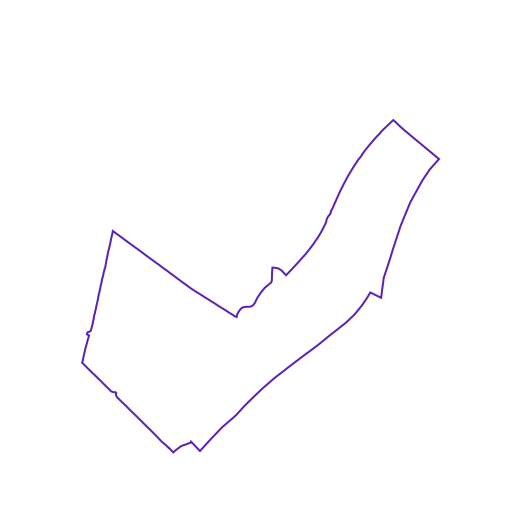 Hardinxveld-Giessendam, Zuid-Holland, Netherlands (Mercator projection), rotated 317°
{"feature_id": "6326949B10391839507344", "entity_name": "Hardinxveld-Giessendam", "entity_type": "district", "adm_level": 2, "iso_a3": "NLD", "parent_name": "Netherlands", "parent_adm1": "Zuid-Holland", "projection": "mercator", "projection_center": [4.846, 51.839], "detail": "fine", "context": "isolated", "style": "outline", "palette": "violet", "viewbox_px": 512, "rotation_deg": 317, "n_neighbors": 0, "source": "geoboundaries", "source_scale": "gbopen_adm2", "svg_char_len": 5865}
<svg xmlns="http://www.w3.org/2000/svg" viewBox="0 0 512 512"><g transform="rotate(317 256 256)"><path d="M319.0,371.9L325.9,366.2L334.4,359.2L338.7,356.8L350.6,350.3L360.9,344.4L369.0,339.9L381.9,332.8L388.3,329.8L396.2,326.2L405.1,322.1L410.2,320.4L414.9,318.8L417.0,318.2L428.8,314.3L432.1,313.5L442.2,311.2L447.1,310.7L452.9,310.2L456.0,309.9L455.6,307.0L454.7,299.8L451.9,278.0L450.8,269.2L450.1,263.7L449.9,261.4L449.6,257.5L449.6,256.2L449.1,250.2L447.7,250.2L437.7,250.3L434.3,250.4L431.3,250.5L431.0,250.8L428.7,250.9L427.1,251.0L426.8,250.9L420.2,251.5L418.7,251.7L413.7,252.3L408.7,253.0L406.9,253.3L402.7,254.1L402.5,254.3L400.6,254.7L398.7,255.1L398.3,255.0L396.1,255.4L392.3,256.3L391.1,256.6L387.1,257.6L384.8,258.3L380.5,259.5L378.8,260.0L377.2,260.5L375.6,261.0L370.5,262.8L369.0,263.3L367.7,263.8L364.7,264.9L360.8,266.4L357.9,267.6L356.2,268.3L349.9,271.0L347.8,271.9L344.7,273.2L342.2,274.1L340.9,274.6L340.7,275.1L338.8,275.9L337.5,276.0L336.3,276.2L334.9,276.5L334.4,276.7L333.9,276.8L333.0,277.3L331.7,278.0L330.7,278.9L327.7,280.1L327.0,280.4L324.3,281.4L323.0,281.9L321.8,282.3L319.1,283.2L318.4,283.4L313.1,284.9L312.1,285.0L307.0,286.2L302.8,287.0L301.7,287.2L297.1,287.9L293.8,288.4L293.0,288.5L282.7,289.4L276.3,289.9L264.9,290.6L264.8,284.0L264.8,283.8L263.8,280.2L263.5,279.8L261.2,276.8L260.1,275.7L257.9,277.7L255.2,280.3L252.3,283.3L251.7,283.9L251.3,284.3L250.9,284.6L250.0,285.3L249.5,285.5L249.0,285.7L248.6,285.7L248.1,285.7L247.0,285.6L245.5,285.5L244.3,285.5L243.0,285.4L241.6,285.3L240.8,285.2L239.4,285.4L238.0,285.6L236.5,285.8L234.9,286.0L229.3,287.3L228.5,287.5L226.0,288.4L224.3,289.1L223.0,289.6L222.0,289.8L221.0,289.9L219.9,289.9L219.1,289.9L218.4,289.7L217.6,289.3L217.1,289.0L216.5,288.5L215.6,287.8L214.4,286.7L213.3,285.8L212.6,285.3L212.1,285.0L211.2,284.6L210.4,284.4L209.6,284.3L208.7,284.3L208.0,284.4L207.4,284.5L206.4,284.7L205.1,285.0L204.1,285.2L203.3,285.6L202.3,286.0L200.2,287.4L199.9,286.3L199.3,285.5L199.3,285.1L199.1,284.3L198.7,282.5L198.6,282.1L198.1,280.4L197.4,278.0L197.4,277.7L197.3,277.4L197.2,276.9L195.7,271.2L195.3,269.7L194.9,268.1L194.3,266.1L193.4,262.2L192.0,257.0L190.5,251.6L189.2,246.4L187.6,240.6L187.4,239.9L187.3,239.6L187.2,239.3L187.2,238.9L187.0,238.2L186.5,236.1L186.4,235.7L186.2,235.0L186.1,234.2L185.9,233.4L185.3,229.7L185.1,229.0L185.0,228.1L184.8,227.4L184.7,226.8L184.6,226.5L184.6,226.1L184.2,224.4L184.1,223.7L183.9,222.9L183.8,222.1L183.6,221.0L183.0,218.2L182.9,217.6L182.8,216.3L182.7,216.1L182.7,215.9L182.6,215.6L182.4,214.5L182.1,213.0L181.8,211.4L181.3,208.7L181.2,208.1L181.1,207.1L180.9,206.2L180.7,205.0L180.5,204.5L179.7,200.2L179.6,199.7L179.5,198.9L179.1,196.6L178.4,193.1L178.3,192.8L178.3,192.5L178.2,192.0L178.1,191.6L178.0,191.2L177.1,186.6L175.7,178.9L174.9,174.6L174.7,173.4L173.7,168.3L172.3,161.1L171.5,156.8L170.2,149.7L168.3,140.1L167.6,140.6L167.1,141.0L166.0,141.8L165.5,142.1L162.5,144.1L156.7,148.3L156.4,148.5L152.5,151.0L152.1,151.3L151.4,151.7L151.1,151.9L150.7,152.1L149.8,152.8L149.0,153.4L148.7,153.6L148.1,154.0L147.2,154.7L146.0,155.6L144.7,156.5L143.7,157.2L143.3,157.4L142.1,158.4L141.3,159.0L140.9,159.3L140.7,159.4L140.4,159.6L140.1,159.8L139.0,160.8L138.8,160.9L138.0,161.4L137.2,161.8L136.3,162.3L136.0,162.5L134.9,163.3L134.7,163.4L133.4,164.2L131.0,165.9L129.8,166.7L129.7,166.8L128.6,167.4L128.4,167.5L127.4,168.2L126.7,168.7L126.5,168.9L124.1,170.6L123.8,170.7L123.6,170.9L123.1,171.2L121.3,172.4L119.6,173.7L119.1,174.1L118.7,174.3L118.4,174.5L117.9,174.9L117.2,175.3L116.1,176.0L114.5,177.1L111.8,179.1L110.7,180.0L109.8,180.5L108.5,181.5L108.2,181.8L107.9,181.9L106.8,182.6L105.5,183.5L103.7,184.8L101.6,186.2L101.1,186.5L100.0,187.4L99.8,187.6L98.7,188.2L98.5,188.4L97.7,188.7L97.0,189.2L96.7,189.4L96.2,189.8L95.8,190.2L95.5,190.4L94.7,191.1L94.2,191.5L93.5,191.8L93.3,192.0L91.5,193.3L89.9,194.5L88.8,195.1L87.9,195.7L86.6,196.5L86.0,196.9L84.8,197.6L84.2,198.0L83.9,198.1L83.7,198.1L80.7,196.9L78.9,197.9L79.7,200.3L78.7,200.9L78.0,201.3L77.3,201.7L74.6,203.3L73.0,204.4L72.5,204.7L71.7,205.1L69.0,206.8L68.7,206.9L67.4,207.8L66.8,208.2L66.6,208.4L65.7,209.0L65.3,209.3L62.5,211.0L62.1,211.3L61.8,211.6L57.4,214.8L56.4,215.3L56.0,215.4L56.1,216.8L56.3,220.5L56.3,222.2L56.4,225.2L56.5,227.1L56.6,227.9L56.5,228.4L56.6,228.7L56.6,230.0L56.7,230.6L56.7,231.0L56.8,231.5L56.8,232.2L56.9,232.6L56.9,233.1L56.9,233.6L56.8,233.8L56.9,234.4L56.9,234.9L57.0,235.4L57.0,236.3L57.0,236.8L57.2,240.4L57.3,244.0L57.3,244.9L57.4,246.3L57.7,253.7L57.7,255.8L57.8,256.0L57.9,256.3L58.0,256.6L58.1,257.0L58.2,257.3L58.4,257.6L59.8,259.5L60.0,259.7L60.1,259.8L60.3,259.8L60.3,261.0L60.2,261.1L59.9,261.2L59.5,261.5L59.3,261.7L59.1,261.9L58.7,262.4L58.6,262.6L58.5,262.8L58.3,263.3L58.2,263.8L58.1,264.1L58.1,264.4L58.1,265.4L58.2,267.9L58.3,270.6L58.4,272.2L58.5,274.4L58.7,276.9L58.7,277.6L58.8,281.1L58.9,283.5L58.9,284.1L58.9,284.6L59.0,286.1L59.2,289.9L59.4,294.2L59.6,300.3L59.7,302.8L59.7,303.0L59.8,304.1L60.0,309.8L60.1,310.9L60.2,313.7L60.3,317.8L60.4,320.5L60.4,321.6L60.4,327.6L60.5,328.1L60.5,328.6L60.6,329.0L60.8,329.8L60.8,330.3L60.8,330.8L60.9,331.4L61.0,331.9L61.1,333.0L61.2,333.7L61.1,334.1L61.2,336.7L61.5,336.7L61.5,343.2L66.2,343.4L71.5,344.0L73.1,344.6L80.8,347.9L81.1,347.7L81.9,347.4L82.0,360.4L86.7,360.0L98.0,359.1L110.2,358.4L114.2,358.2L115.5,358.2L123.5,358.5L128.2,358.7L133.6,358.8L145.0,357.8L158.6,357.4L171.5,357.3L177.8,357.6L185.1,357.8L185.8,357.8L197.1,358.9L199.4,359.1L199.8,359.1L213.8,360.4L215.2,360.6L225.0,361.6L226.6,361.8L227.4,361.9L229.8,362.2L239.6,363.3L248.7,363.9L251.4,364.1L254.8,364.3L265.3,365.2L269.2,365.5L272.7,365.8L275.6,366.1L287.4,366.0L291.0,365.6L293.4,365.3L294.8,365.1L298.3,364.6L300.3,364.2L302.5,363.8L304.5,363.3L306.5,362.9L307.4,362.7L308.8,362.3L310.0,362.0L314.7,360.6L317.7,368.4L319.0,371.9Z" fill="none" stroke="#5b21b6" stroke-width="2"/></g></svg>